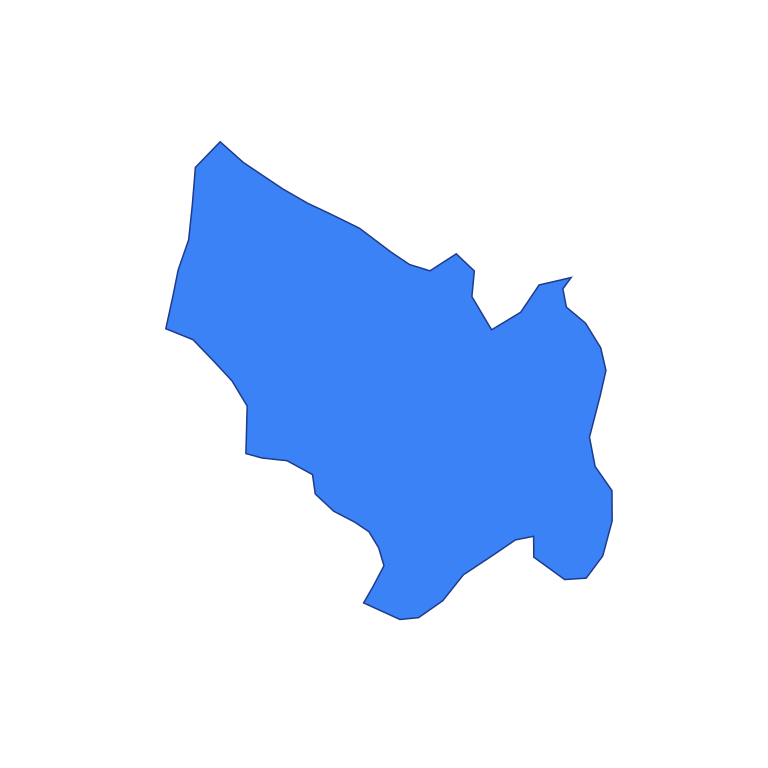 Petra tou Digeni, Cyprus, rotated 214°
{"feature_id": "46923920B30542922336508", "entity_name": "Petra tou Digeni", "entity_type": "district", "adm_level": 2, "iso_a3": "CYP", "parent_name": "Cyprus", "parent_adm1": "", "projection": "orthographic", "projection_center": [33.551, 35.238], "detail": "fine", "context": "isolated", "style": "filled", "palette": "blue", "viewbox_px": 768, "rotation_deg": 214, "n_neighbors": 0, "source": "geoboundaries", "source_scale": "gbopen_adm2", "svg_char_len": 891}
<svg xmlns="http://www.w3.org/2000/svg" viewBox="0 0 768 768"><g transform="rotate(214 384 384)"><path d="M163.0,324.2L124.9,322.9L107.8,336.1L106.5,363.8L118.3,398.1L135.4,423.1L162.9,433.7L183.9,454.8L198.4,495.7L207.6,519.4L224.6,535.2L250.9,547.1L275.8,549.7L288.9,562.9L288.4,576.9L310.8,552.9L310.8,520.0L325.1,489.1L360.0,505.6L372.3,528.2L396.9,532.3L409.2,503.5L429.7,497.3L452.3,497.3L491.3,499.4L522.0,495.2L548.7,491.1L577.4,489.1L624.6,489.0L655.3,493.2L661.5,458.1L643.0,425.2L626.6,394.3L618.4,363.4L608.1,338.7L595.8,307.8L567.1,313.9L538.4,307.8L511.8,301.6L485.1,289.2L459.6,249.1L443.8,254.4L421.5,266.2L392.6,268.9L379.5,254.4L354.6,250.4L331.0,253.1L313.9,253.1L296.8,245.2L282.4,233.3L279.8,209.6L278.5,191.1L239.1,197.7L224.7,209.6L214.1,237.2L211.5,270.2L198.4,301.8L187.9,328.2L174.8,341.4L163.0,324.2Z" fill="#3b82f6" stroke="#1e3a8a" stroke-width="1.5"/></g></svg>